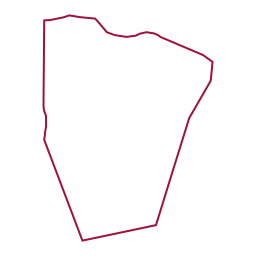 La Croix, Praslin, Saint Lucia (Natural Earth projection)
{"feature_id": "8701671B12736855691443", "entity_name": "La Croix", "entity_type": "district", "adm_level": 2, "iso_a3": "LCA", "parent_name": "Saint Lucia", "parent_adm1": "Praslin", "projection": "natural_earth1", "projection_center": [-60.902, 13.874], "detail": "fine", "context": "isolated", "style": "outline", "palette": "rose", "viewbox_px": 256, "rotation_deg": 0, "n_neighbors": 0, "source": "geoboundaries", "source_scale": "gbopen_adm2", "svg_char_len": 486}
<svg xmlns="http://www.w3.org/2000/svg" viewBox="0 0 256 256"><path d="M156.0,225.1L169.5,181.4L189.2,118.1L210.7,80.8L211.9,68.7L212.5,61.9L203.1,55.1L160.7,37.1L157.9,35.1L154.0,33.4L146.5,32.2L139.8,33.7L135.6,35.7L126.4,36.9L114.7,35.1L106.8,32.2L98.3,22.0L95.1,18.6L82.6,17.4L79.7,17.1L69.3,15.4L63.3,17.4L50.4,20.0L44.2,20.4L43.5,106.0L44.0,110.4L46.0,115.9L46.1,126.3L45.1,132.0L44.9,134.7L44.2,139.8L82.4,240.6L156.0,225.1Z" fill="none" stroke="#9f1239" stroke-width="2"/></svg>